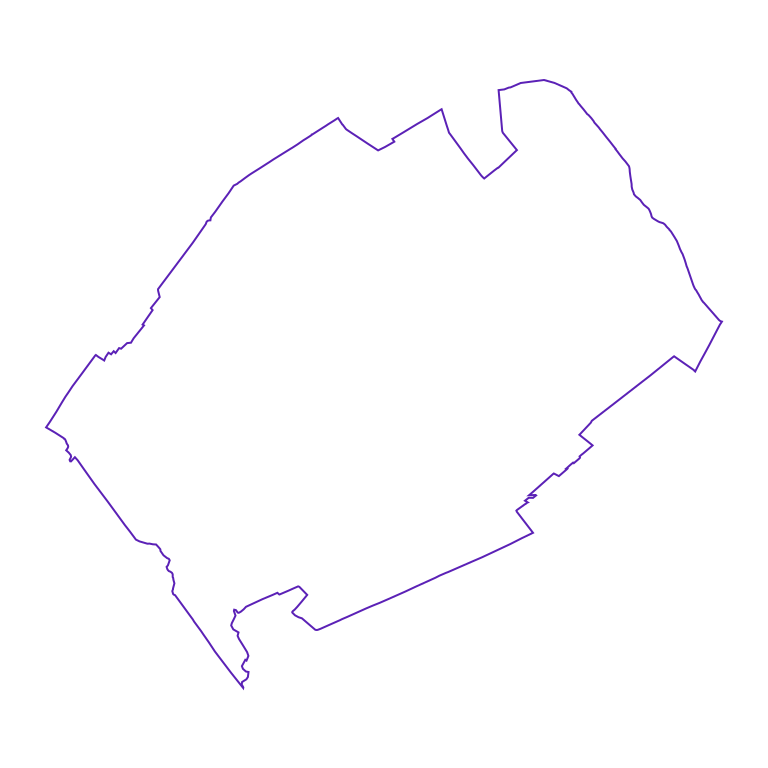 the district of Mozaceni, Arges, Romania
{"feature_id": "2599482B69451862897521", "entity_name": "Mozaceni", "entity_type": "district", "adm_level": 2, "iso_a3": "ROU", "parent_name": "Romania", "parent_adm1": "Arges", "projection": "robinson", "projection_center": [25.183, 44.552], "detail": "fine", "context": "isolated", "style": "outline", "palette": "violet", "viewbox_px": 768, "rotation_deg": 0, "n_neighbors": 0, "source": "geoboundaries", "source_scale": "gbopen_adm2", "svg_char_len": 5740}
<svg xmlns="http://www.w3.org/2000/svg" viewBox="0 0 768 768"><path d="M243.2,688.0L243.3,687.4L242.5,685.9L241.7,684.5L241.9,683.2L242.1,682.0L244.3,680.6L246.4,679.3L247.9,677.0L248.5,672.0L245.9,671.5L242.9,668.8L241.9,666.1L243.6,663.0L245.3,659.8L246.5,660.6L247.5,658.2L248.4,655.9L247.1,652.1L243.0,645.4L239.5,639.8L238.9,638.8L237.6,635.8L238.5,632.4L233.3,629.4L231.2,625.5L231.8,623.2L233.8,619.2L235.5,615.6L233.9,611.0L234.2,609.7L235.9,610.1L237.6,612.4L238.2,612.8L239.0,612.7L240.8,611.7L243.7,609.3L246.0,606.8L262.6,599.1L272.2,595.1L277.4,592.8L279.0,594.3L279.5,594.5L285.1,592.1L288.4,590.7L293.5,588.4L298.1,586.4L298.6,586.5L299.4,586.9L307.2,594.9L303.5,599.4L301.6,601.7L297.2,606.9L294.7,609.6L293.0,611.0L292.4,611.7L292.2,612.2L292.4,612.7L295.0,615.3L298.5,617.2L301.9,618.3L315.3,629.8L316.7,630.0L317.6,629.9L320.5,628.8L328.6,625.2L338.3,620.9L339.7,620.3L342.1,619.1L347.5,616.8L366.2,608.4L368.1,607.6L369.5,607.0L372.8,605.6L375.3,604.6L376.8,604.0L379.8,602.8L388.5,599.0L405.2,591.6L416.1,586.5L435.3,577.8L439.6,575.6L446.1,572.8L448.0,572.1L471.8,561.7L482.0,557.3L510.2,544.1L522.0,538.1L533.0,532.8L516.7,511.6L516.6,511.0L516.4,510.6L516.8,510.2L517.1,509.9L525.0,504.2L525.5,504.0L527.4,502.5L527.7,502.4L525.7,501.1L525.0,500.7L528.7,497.8L531.7,497.8L533.0,497.9L536.1,495.4L535.6,495.0L532.8,495.1L531.6,495.1L529.1,495.2L532.7,492.1L546.7,479.7L553.0,474.1L553.8,473.5L555.8,474.5L557.3,475.3L558.9,476.1L567.0,469.1L567.2,468.9L566.2,468.6L566.8,468.1L567.9,467.1L569.1,466.0L570.9,464.4L573.1,462.6L573.8,463.2L579.2,458.6L580.0,457.7L579.8,456.8L579.6,456.4L581.8,454.5L583.0,453.6L588.3,449.1L591.2,446.6L592.5,445.5L592.6,445.4L587.8,441.5L581.5,436.5L579.4,434.8L579.6,434.6L590.8,422.7L591.8,420.8L618.7,400.0L642.5,381.5L650.4,375.4L673.5,356.7L674.1,356.3L677.1,358.4L685.7,364.4L693.9,370.1L694.3,370.7L695.2,371.5L700.2,361.7L704.7,353.5L709.2,345.2L717.2,329.8L720.0,324.5L721.3,322.6L721.9,321.6L721.5,321.5L721.1,321.4L720.3,321.0L719.7,320.6L719.1,320.1L718.9,319.9L703.7,302.5L703.3,302.3L703.0,301.9L702.8,301.6L702.6,301.2L702.3,301.0L701.5,299.8L701.1,299.0L700.5,297.9L699.5,296.1L698.9,294.9L697.0,291.8L696.4,290.7L696.2,290.3L695.5,289.6L695.2,289.2L694.3,287.5L694.2,287.1L694.0,286.8L693.6,285.9L693.3,285.1L693.1,284.6L693.0,284.3L687.5,268.3L686.6,266.2L685.7,263.0L684.6,259.5L682.6,254.1L681.4,252.0L680.0,249.0L678.7,245.5L676.9,241.1L674.5,237.1L670.9,231.4L669.5,230.0L669.5,229.7L669.4,229.5L666.7,226.8L665.1,224.7L663.4,223.3L661.6,222.7L659.5,222.1L657.9,221.3L653.6,218.7L652.1,217.5L651.5,216.1L651.1,214.3L650.4,212.4L649.5,210.3L648.6,208.7L647.2,207.5L643.8,204.8L641.8,202.2L640.3,200.0L638.5,198.5L638.3,198.3L635.8,196.4L634.0,194.3L633.6,192.6L632.3,189.6L631.7,186.8L631.6,184.0L631.2,181.5L630.8,179.1L630.3,175.8L629.8,171.9L629.6,168.9L629.2,166.9L628.9,166.1L625.4,161.5L622.6,158.4L619.0,153.7L617.7,151.9L615.5,149.1L615.7,148.9L613.3,145.9L609.8,141.4L606.0,136.7L602.5,132.2L600.1,129.3L598.8,127.5L596.3,124.7L594.4,122.6L593.6,121.1L591.3,118.1L588.5,115.0L587.2,114.1L585.6,112.0L583.4,109.2L580.6,105.9L579.2,104.1L578.5,103.5L577.8,102.3L576.2,100.0L572.3,93.6L572.1,93.4L571.3,92.4L571.2,91.9L571.3,91.7L569.2,90.3L566.7,88.3L554.4,82.9L544.0,80.0L529.3,81.9L520.7,83.0L510.5,87.4L508.8,87.6L504.3,89.4L498.6,90.1L502.2,131.0L502.8,132.7L511.3,143.2L516.9,150.1L513.3,153.5L505.2,161.2L498.3,167.8L497.8,167.8L494.1,170.6L484.2,178.5L483.5,177.9L482.1,176.5L481.1,175.4L472.9,164.7L472.0,163.6L467.9,158.5L464.0,153.3L460.9,148.9L458.5,145.6L450.6,134.8L449.0,132.7L448.1,129.7L446.8,125.8L441.6,109.2L441.4,109.3L436.3,112.5L430.9,115.9L427.6,118.0L417.3,123.9L412.2,127.0L403.5,132.3L401.0,133.8L395.2,137.3L392.4,138.9L394.3,141.7L385.0,147.0L378.1,150.4L367.5,143.5L357.0,136.5L351.8,133.1L346.6,129.6L345.9,129.0L342.7,124.7L342.3,124.5L338.1,118.0L337.2,118.5L334.5,120.3L332.1,121.8L328.1,124.3L325.9,125.8L323.2,127.5L317.4,131.2L312.4,134.4L312.1,134.4L311.7,134.5L311.5,135.1L309.4,136.5L305.8,138.8L303.5,140.2L297.5,144.4L292.2,147.8L291.0,148.5L283.1,153.4L273.3,159.5L269.4,162.1L267.2,163.5L259.9,168.2L251.3,173.6L248.9,175.2L244.9,178.1L240.5,181.4L238.6,182.6L237.3,183.8L233.7,185.6L228.6,193.2L222.3,201.7L218.8,206.7L215.2,211.8L210.9,217.4L210.6,218.9L210.4,220.3L209.6,220.3L207.6,220.8L206.6,221.8L205.7,224.2L192.8,242.7L175.0,266.5L162.4,283.3L158.0,289.2L158.1,290.7L158.9,293.9L159.7,297.1L150.9,308.1L152.6,310.1L147.9,316.9L142.6,324.6L144.0,325.4L133.7,338.2L131.8,341.3L131.0,342.7L127.1,343.1L121.1,348.7L119.1,348.1L115.6,353.0L113.7,351.2L111.1,354.3L109.8,353.5L108.5,352.7L105.8,356.7L105.4,357.5L105.0,358.6L104.2,360.5L103.3,359.9L98.4,356.9L95.9,355.0L95.7,355.2L95.3,355.4L85.4,368.8L82.4,372.9L72.5,386.2L68.4,392.4L65.5,396.6L62.0,402.3L56.4,411.7L49.8,422.0L46.1,427.4L55.2,432.7L63.8,438.2L64.0,438.7L65.0,439.2L65.4,440.0L66.2,441.9L66.7,443.5L68.0,445.4L68.2,446.8L67.5,448.4L66.2,450.3L68.8,452.7L70.7,455.0L71.1,456.6L70.8,457.5L70.2,458.7L69.6,459.9L70.2,461.3L71.0,461.4L74.9,457.2L77.7,460.3L84.0,469.3L94.5,484.1L107.8,501.7L112.7,508.4L120.8,519.5L124.8,525.0L129.8,531.4L135.9,539.6L139.5,541.4L147.4,543.7L149.5,543.6L152.9,544.3L156.1,544.5L158.4,547.0L159.6,548.4L160.3,549.3L160.5,551.0L163.5,555.3L167.1,558.1L168.8,558.8L169.7,560.3L169.0,562.3L167.9,565.4L166.6,566.9L167.4,569.3L168.0,570.2L168.9,571.1L170.4,571.7L171.9,572.8L172.4,573.6L172.7,574.5L172.7,577.1L173.1,577.7L173.5,580.1L174.4,583.3L173.0,588.6L173.0,589.2L172.3,591.1L172.9,593.2L173.2,594.1L173.9,594.7L175.1,595.2L181.9,604.5L189.7,615.2L192.8,619.4L194.1,621.6L201.1,631.1L203.6,634.8L206.6,639.1L208.7,642.1L214.9,651.5L231.0,672.7L243.2,688.0Z" fill="none" stroke="#5b21b6" stroke-width="2"/></svg>